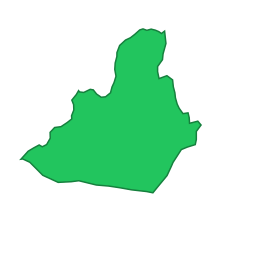 Varberg, Halland, Sweden, rotated 313°
{"feature_id": "70781695B45101098387914", "entity_name": "Varberg", "entity_type": "district", "adm_level": 2, "iso_a3": "SWE", "parent_name": "Sweden", "parent_adm1": "Halland", "projection": "robinson", "projection_center": [12.471, 57.185], "detail": "fine", "context": "isolated", "style": "filled", "palette": "green", "viewbox_px": 256, "rotation_deg": 313, "n_neighbors": 0, "source": "geoboundaries", "source_scale": "gbopen_adm2", "svg_char_len": 1127}
<svg xmlns="http://www.w3.org/2000/svg" viewBox="0 0 256 256"><g transform="rotate(313 128 128)"><path d="M32.2,71.0L33.6,72.2L36.0,79.6L35.3,98.0L40.6,114.0L50.0,123.1L55.9,128.0L64.7,143.7L72.4,153.5L78.9,163.0L85.3,172.9L94.2,184.9L97.6,190.4L104.8,189.9L119.8,189.0L129.6,185.8L133.5,184.4L148.6,181.7L154.5,184.4L161.7,188.5L166.2,185.8L172.1,180.3L180.0,179.4L180.6,174.4L173.4,169.8L177.3,165.7L180.0,161.6L176.0,158.4L177.3,152.0L179.0,147.7L182.4,142.1L185.7,138.3L189.0,133.1L193.6,127.8L192.8,120.8L185.3,117.0L189.4,111.2L193.2,107.7L201.5,106.6L206.1,103.1L215.7,98.1L223.8,88.7L219.9,88.0L219.5,84.8L218.2,81.3L216.1,77.5L212.3,75.2L210.7,71.4L207.7,69.7L201.1,69.1L195.6,68.2L190.6,66.2L182.7,65.6L175.6,68.5L172.7,71.1L166.8,74.3L161.8,78.4L157.7,83.9L151.8,86.8L147.2,88.3L141.8,91.2L135.5,90.3L132.2,87.4L131.4,81.9L132.2,76.6L130.5,74.0L123.8,71.4L121.3,67.9L121.6,66.4L117.2,67.4L110.1,67.9L108.0,72.3L104.2,76.1L98.4,78.4L96.3,80.7L90.4,79.8L83.3,78.1L78.3,74.0L71.7,74.0L67.5,78.1L60.4,79.8L55.8,78.1L55.0,74.6L49.1,72.6L42.9,70.8L32.2,71.0Z" fill="#22c55e" stroke="#15803d" stroke-width="1.5"/></g></svg>